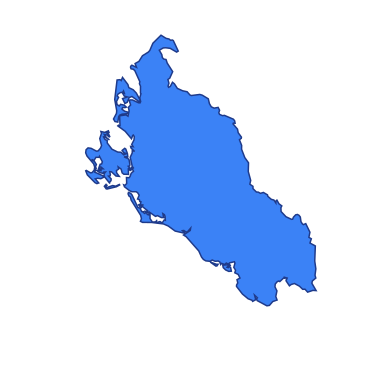 Mecklenburg-Vorpommern, Natural Earth projection, rotated 238°
{"feature_id": "DEU-3488", "entity_name": "Mecklenburg-Vorpommern", "entity_type": "State", "adm_level": 1, "iso_a3": "DEU", "parent_name": "Germany", "parent_adm1": "", "projection": "natural_earth1", "projection_center": [12.667, 53.898], "detail": "fine", "context": "isolated", "style": "filled", "palette": "blue", "viewbox_px": 384, "rotation_deg": 238, "n_neighbors": 0, "source": "natural_earth", "source_scale": "10m", "svg_char_len": 6124}
<svg xmlns="http://www.w3.org/2000/svg" viewBox="0 0 384 384"><g transform="rotate(238 192 192)"><path d="M331.1,211.8L330.9,216.2L333.8,222.2L333.8,229.1L334.4,231.2L338.9,237.7L341.4,248.8L336.1,251.4L333.9,253.6L331.9,254.3L331.4,255.8L330.3,256.4L318.8,255.0L318.8,253.1L325.4,249.6L328.2,246.2L329.4,244.0L329.6,239.4L324.5,239.2L321.7,238.1L319.7,238.5L318.1,240.2L314.5,239.3L304.3,239.4L300.3,233.4L300.2,231.2L296.5,230.1L294.5,227.8L293.2,227.6L293.0,229.5L295.4,233.6L293.1,234.4L287.6,234.5L282.8,237.7L279.6,241.0L275.3,241.7L274.2,242.5L270.6,250.3L268.7,252.0L262.4,255.2L257.7,253.6L254.0,253.5L251.4,255.2L249.9,259.0L246.7,258.7L245.0,256.7L243.2,256.5L240.6,258.3L239.8,260.1L231.8,265.7L229.8,265.9L227.5,265.0L228.5,263.5L228.0,262.9L221.2,263.9L217.8,262.6L212.3,263.0L211.4,262.2L211.2,259.9L205.2,258.8L202.0,256.7L193.2,255.0L186.8,255.4L179.6,250.6L170.7,247.9L168.0,245.2L164.5,246.7L162.5,245.5L157.9,246.6L156.7,248.2L154.6,249.3L153.8,252.3L149.6,254.5L148.1,254.0L143.7,255.4L141.8,257.2L138.3,257.3L139.9,258.3L140.1,259.7L135.9,259.5L132.6,260.8L131.6,259.1L128.2,257.2L121.2,258.6L116.1,261.9L115.6,262.9L116.9,264.7L117.7,267.8L117.1,269.5L115.5,270.4L113.4,270.6L109.1,268.7L106.5,268.7L105.3,269.2L104.9,271.7L95.4,270.7L91.6,267.1L89.1,268.4L86.2,265.0L80.9,268.0L68.4,259.5L61.2,256.3L56.2,252.2L53.4,251.4L52.8,247.0L51.1,245.3L42.6,245.0L44.5,242.4L45.8,237.0L49.7,236.3L50.8,234.3L55.2,233.2L60.1,230.4L61.0,227.2L60.8,224.9L66.9,224.7L68.6,227.1L70.6,225.3L69.6,225.0L70.5,224.1L69.5,219.0L70.5,218.5L70.8,216.8L69.8,213.8L67.6,212.1L63.1,211.6L59.0,207.7L55.3,206.9L56.3,202.4L54.8,197.6L55.8,195.2L65.4,189.7L67.2,190.1L67.6,191.4L71.4,190.4L67.5,189.2L66.9,188.5L67.1,185.5L68.4,185.5L71.7,183.0L78.7,180.7L88.3,179.7L89.5,180.5L90.6,182.6L93.8,183.7L93.6,187.1L97.6,187.5L100.8,185.5L102.6,187.5L105.9,187.5L108.9,190.7L110.4,191.0L112.0,186.3L111.6,184.7L113.6,183.4L113.2,181.3L115.8,179.3L115.3,177.9L118.0,178.5L119.6,177.6L121.0,174.9L123.6,173.1L123.7,170.5L126.3,167.2L128.8,165.9L131.8,165.6L138.4,166.5L157.1,163.4L160.0,162.0L160.3,170.1L162.1,171.7L160.6,166.9L161.4,165.7L163.7,164.7L164.3,163.4L161.1,164.1L161.7,163.1L167.8,157.0L175.8,153.8L180.0,150.9L187.5,141.7L192.5,133.9L195.0,132.4L194.5,133.0L196.2,135.0L199.5,136.1L217.4,136.1L220.3,137.1L222.1,136.4L224.3,136.8L225.3,137.9L223.4,139.3L221.4,139.6L207.6,137.9L205.7,139.3L202.1,139.0L200.9,140.6L200.4,139.9L198.8,140.6L199.2,141.9L200.4,142.1L199.8,142.7L196.6,142.2L194.5,144.1L191.7,142.3L187.5,142.5L186.0,145.2L186.4,146.8L184.3,146.1L183.7,146.8L184.3,148.0L183.9,149.2L181.6,150.3L183.0,153.6L182.1,154.4L185.5,156.2L187.4,156.6L189.1,155.8L185.3,154.4L186.6,152.4L190.2,150.3L190.7,148.1L197.1,145.4L195.6,144.8L195.6,144.1L198.2,144.1L198.2,143.4L199.6,144.4L206.3,142.1L205.7,140.6L206.5,140.2L209.4,139.9L209.4,140.6L207.4,141.7L206.8,144.1L208.4,141.3L210.8,143.5L211.6,142.7L213.4,143.3L214.9,142.1L217.3,145.5L220.2,145.5L221.8,144.8L224.0,141.3L226.0,139.8L232.2,137.5L234.2,137.9L233.2,138.6L233.8,141.1L239.0,144.1L237.5,146.1L237.9,147.6L240.1,150.3L240.6,153.4L244.9,153.7L244.9,154.4L242.8,155.1L245.4,154.9L254.2,158.0L256.8,162.0L258.9,163.4L256.8,164.8L261.7,163.6L263.2,164.1L261.6,166.1L264.3,166.1L266.9,170.4L269.5,172.4L271.4,172.4L271.4,171.7L269.2,168.9L278.9,167.5L287.4,164.1L287.6,165.0L286.3,165.5L286.4,166.1L295.0,171.0L292.3,176.9L290.2,177.9L294.2,181.7L297.5,182.9L298.3,186.0L302.8,187.3L302.9,188.3L301.6,190.3L296.0,193.9L295.1,195.2L295.9,196.4L299.5,197.6L302.4,200.8L303.2,200.7L309.0,204.4L311.7,204.8L313.2,206.2L325.0,207.8L327.2,207.3L328.7,205.6L330.0,205.8L331.1,206.6L331.4,208.2L327.1,211.0L331.1,211.8ZM286.2,142.1L289.7,146.3L291.6,146.8L288.8,149.6L288.2,153.5L285.7,153.0L287.4,152.7L287.3,150.9L284.8,151.9L282.6,151.6L282.6,150.9L285.5,150.0L287.3,148.1L283.3,148.3L279.9,149.6L285.7,146.8L285.7,146.1L282.5,146.1L280.7,147.4L278.5,146.1L270.7,146.8L265.2,150.2L263.4,152.8L259.7,153.8L259.4,156.5L260.5,155.8L260.0,155.1L264.3,154.8L264.7,158.1L263.5,158.6L258.8,157.6L256.0,156.3L257.8,153.0L255.7,154.4L256.2,155.1L252.6,155.7L248.0,153.8L247.2,152.9L247.6,151.6L243.3,152.3L242.7,151.5L243.2,150.9L245.5,150.9L245.5,150.3L240.6,147.5L243.2,143.6L245.2,142.9L249.0,144.0L252.4,142.7L250.3,141.9L250.2,139.3L248.1,138.2L243.8,138.6L245.8,136.0L251.8,134.4L252.9,133.0L249.8,131.9L249.1,131.0L249.7,129.6L246.0,130.4L244.5,129.3L243.9,127.1L242.7,126.9L251.8,125.8L254.1,127.2L254.8,129.3L255.7,127.7L255.1,126.2L257.6,123.9L260.4,122.7L258.3,126.2L259.9,126.9L258.8,128.9L261.5,128.0L262.0,126.9L259.9,126.2L261.0,124.7L264.2,128.8L263.7,130.3L265.2,132.0L271.2,132.4L270.6,131.7L272.3,128.9L270.6,125.5L272.2,124.7L272.2,124.1L269.6,125.5L266.0,125.5L264.7,123.7L262.7,123.2L260.4,120.0L252.9,125.1L251.3,124.7L251.6,121.7L253.7,119.2L254.4,116.9L249.1,117.7L249.5,115.8L251.3,114.7L262.0,112.3L266.3,113.1L266.3,113.8L262.0,116.1L261.4,117.5L262.4,120.7L264.7,122.7L268.0,123.5L278.1,122.0L281.6,122.6L284.0,124.6L284.5,127.2L282.5,129.6L277.3,132.6L276.6,134.1L277.6,137.5L279.3,139.9L286.2,142.1ZM326.7,187.8L325.4,190.5L324.0,191.0L326.0,193.8L317.1,194.6L314.0,193.7L309.9,196.3L305.4,197.2L297.7,196.7L296.2,195.2L304.8,191.7L305.4,188.8L302.4,184.6L302.6,182.0L308.0,182.6L306.9,187.5L309.2,185.4L312.3,185.5L311.3,186.9L314.0,187.5L313.3,186.2L314.3,183.7L314.2,181.0L313.1,179.4L311.2,179.9L308.7,175.9L305.8,174.8L303.5,175.9L304.2,177.9L301.6,180.5L298.8,181.3L299.0,180.0L300.4,177.9L299.4,176.5L296.2,177.7L294.0,179.7L292.4,179.3L295.1,174.0L295.5,171.4L294.8,169.8L290.6,166.1L292.6,164.0L295.5,164.1L298.7,169.6L300.8,171.2L311.4,175.5L326.7,187.8ZM104.0,183.4L105.2,181.1L108.1,179.2L111.3,178.4L113.6,179.3L110.5,185.5L109.5,185.5L110.0,183.0L109.6,181.8L108.6,182.7L108.9,184.1L107.7,184.8L104.0,183.4ZM242.7,121.4L240.8,122.5L239.5,128.2L237.4,130.3L236.9,134.4L236.3,134.4L236.5,130.7L239.5,121.6L240.1,120.9L243.3,120.7L243.8,122.4L243.2,122.0L243.2,123.4L242.7,123.4L242.7,121.4ZM116.1,174.0L116.5,173.0L123.0,170.3L118.0,174.2L116.9,175.8L116.1,174.0Z" fill="#3b82f6" stroke="#1e3a8a" stroke-width="1.5"/></g></svg>